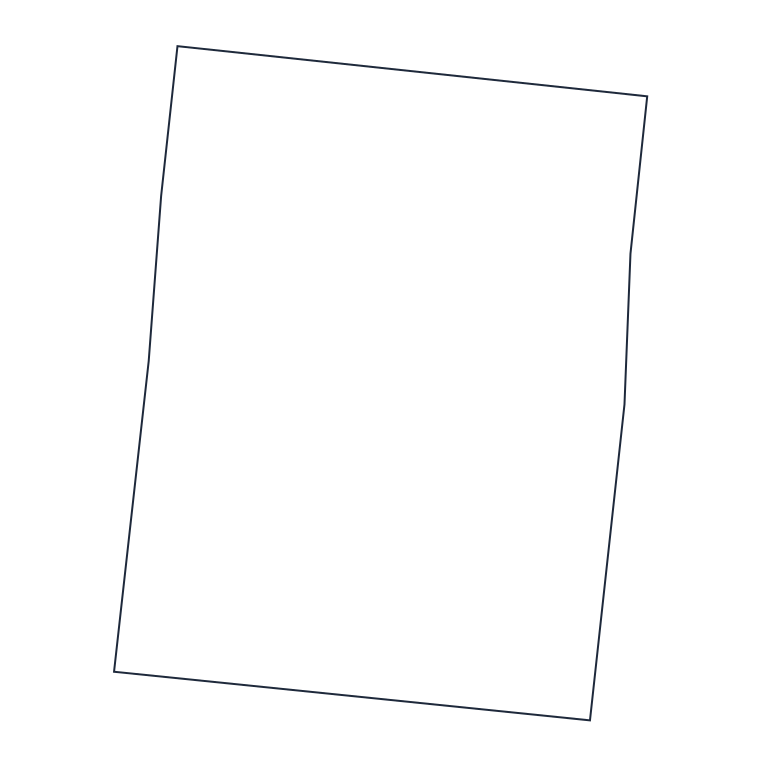 the district of Clarke, Iowa, United States of America, rotated 96°
{"feature_id": "52423323B49910355657657", "entity_name": "Clarke", "entity_type": "district", "adm_level": 2, "iso_a3": "USA", "parent_name": "United States of America", "parent_adm1": "Iowa", "projection": "mercator", "projection_center": [-93.837, 41.029], "detail": "fine", "context": "isolated", "style": "outline", "palette": "slate", "viewbox_px": 768, "rotation_deg": 96, "n_neighbors": 0, "source": "geoboundaries", "source_scale": "gbopen_adm2", "svg_char_len": 270}
<svg xmlns="http://www.w3.org/2000/svg" viewBox="0 0 768 768"><g transform="rotate(96 384 384)"><path d="M69.6,624.7L220.3,625.3L385.8,620.4L698.4,622.4L697.0,144.0L379.2,142.7L228.7,152.5L70.4,152.3L69.6,624.7Z" fill="none" stroke="#1e293b" stroke-width="2"/></g></svg>